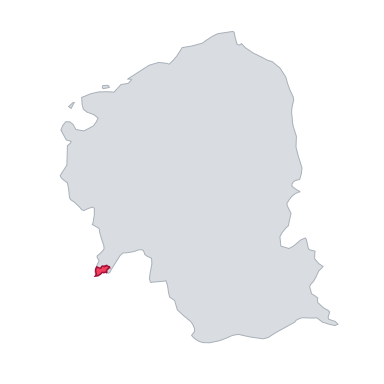 Chantrea, Svay Rieng, Cambodia shown in context, rotated 83°
{"feature_id": "14789045B26681024602209", "entity_name": "Chantrea", "entity_type": "district", "adm_level": 2, "iso_a3": "KHM", "parent_name": "Cambodia", "parent_adm1": "Svay Rieng", "projection": "albers", "projection_center": [106.102, 10.92], "detail": "fine", "context": "in_parent", "style": "filled", "palette": "rose", "viewbox_px": 384, "rotation_deg": 83, "n_neighbors": 0, "source": "geoboundaries", "source_scale": "gbopen_adm2", "svg_char_len": 4828}
<svg xmlns="http://www.w3.org/2000/svg" viewBox="0 0 384 384"><g transform="rotate(83 192 192)"><path d="M341.0,63.2L342.0,66.5L339.6,72.8L337.0,78.5L332.1,83.4L331.9,87.1L330.2,98.0L330.9,101.4L332.1,104.4L333.7,105.9L338.0,116.6L341.9,126.2L345.7,134.1L346.4,139.2L343.0,151.9L338.9,163.6L339.3,169.5L341.1,175.3L343.0,183.1L343.8,193.0L342.8,199.5L340.9,203.6L337.4,207.7L334.3,209.9L330.6,206.4L327.6,206.2L323.7,207.3L320.6,208.9L314.2,215.0L307.2,220.9L297.5,222.5L293.7,226.9L289.6,227.5L281.9,227.7L276.9,228.7L277.1,230.9L276.7,241.4L276.8,243.8L276.0,244.4L272.5,244.8L266.6,243.2L258.6,240.6L252.9,240.2L250.0,244.7L248.2,246.5L246.1,246.8L243.8,247.6L243.1,249.6L242.9,252.1L244.0,256.4L244.4,263.3L244.1,268.0L246.2,271.0L258.4,281.0L262.0,283.5L262.4,284.9L260.3,290.4L262.2,298.0L258.4,297.9L252.0,294.6L248.9,292.6L245.2,294.2L243.9,293.9L241.4,290.1L238.1,286.3L234.7,286.0L227.6,287.5L220.3,288.6L217.5,288.5L216.4,289.2L212.1,294.9L210.3,293.9L203.0,291.8L196.3,290.9L194.9,292.4L195.7,297.0L197.2,301.6L196.3,303.5L192.6,305.9L187.7,310.1L184.7,313.5L182.6,314.3L175.2,314.1L167.8,314.5L164.8,317.7L162.0,320.1L159.6,320.8L150.0,312.9L130.8,310.0L128.7,306.6L126.9,305.9L125.1,310.4L114.5,314.6L110.1,312.0L106.9,308.8L107.4,304.9L110.5,301.8L115.8,299.6L118.2,291.7L114.3,281.6L110.9,278.6L107.2,276.2L103.3,280.0L100.0,286.4L96.6,289.7L91.7,290.4L84.7,290.0L82.1,280.4L81.3,272.1L82.3,262.7L83.4,257.2L76.7,249.4L76.4,242.1L73.2,238.3L72.2,240.2L72.3,242.3L71.4,240.8L61.0,219.2L59.3,209.2L61.2,201.6L62.3,199.0L59.3,194.9L55.0,190.3L47.5,184.2L47.1,174.7L45.5,163.5L43.3,159.7L39.9,152.7L38.0,147.0L37.6,131.9L38.6,130.7L44.0,130.3L50.9,129.3L52.0,126.9L50.8,124.8L55.3,121.5L61.7,114.1L66.7,106.3L70.2,101.4L72.4,96.5L79.6,89.6L89.4,84.9L96.1,83.9L103.0,82.3L109.7,80.0L112.8,79.8L121.1,82.7L125.5,83.5L130.2,83.5L135.0,83.8L139.3,83.5L149.4,81.6L160.1,83.3L169.6,82.1L181.5,79.9L187.3,81.3L192.6,83.6L193.3,88.2L194.5,90.3L196.3,91.9L198.6,92.0L201.7,88.8L204.2,85.5L205.0,84.9L205.1,86.5L206.4,90.1L208.6,93.6L210.9,95.9L214.7,99.1L217.2,99.2L225.3,96.3L237.4,100.6L238.8,102.7L242.8,107.1L247.0,110.2L256.5,110.4L259.9,102.7L258.2,98.1L252.8,89.9L251.4,85.1L253.1,84.3L262.2,83.4L263.7,82.4L265.7,77.1L268.2,77.7L273.3,78.4L278.6,74.8L281.8,71.0L283.5,72.7L285.4,75.4L287.5,76.9L291.4,79.2L295.6,82.4L298.3,85.6L300.4,86.8L305.8,85.9L307.3,86.0L310.4,82.2L312.6,80.1L314.5,80.7L317.2,80.6L322.9,75.7L326.1,71.3L327.9,70.0L333.0,72.2L335.0,71.8L337.9,65.7L341.0,63.2ZM78.6,267.7L77.5,268.2L76.5,268.2L75.5,267.3L75.7,263.9L76.4,261.7L78.2,261.4L78.6,267.7ZM94.3,301.8L92.2,304.1L88.8,299.3L88.8,298.0L94.3,301.8Z" fill="#d9dde1" stroke="#a8b0b8" stroke-width="1"/><path d="M261.6,286.7L261.4,286.4L261.2,286.3L260.9,286.3L260.7,286.3L260.4,286.3L260.2,286.5L259.9,286.5L259.8,286.4L259.7,286.3L259.7,286.2L259.4,286.1L259.2,286.1L258.9,285.9L258.7,285.8L258.7,285.7L258.5,285.4L258.5,285.2L258.4,285.2L258.2,285.0L258.2,284.9L258.0,284.7L257.9,284.6L257.8,284.4L257.7,284.3L257.6,284.2L257.5,283.9L257.4,283.7L257.2,283.4L257.2,283.1L257.2,282.9L256.1,283.1L256.1,283.3L256.1,283.5L256.1,283.8L255.9,283.9L255.7,284.2L255.5,284.5L255.3,284.7L255.0,285.0L254.8,285.3L254.5,285.5L254.7,285.8L254.7,286.0L254.8,286.0L254.9,286.3L254.9,286.5L254.9,286.8L255.0,286.8L255.0,286.7L255.1,286.8L255.1,287.0L255.2,287.3L255.2,287.5L255.3,287.7L255.3,287.8L255.2,287.8L255.3,287.9L255.4,288.0L255.2,288.3L255.0,288.6L255.1,288.8L255.0,289.0L254.9,289.1L254.7,289.3L254.6,289.5L254.6,289.8L254.6,290.0L254.7,290.3L254.8,290.4L254.9,290.5L255.0,290.7L255.1,290.8L255.3,291.0L255.5,291.1L255.8,291.2L255.8,291.3L256.0,291.5L256.3,291.6L256.4,291.8L256.4,292.0L256.5,292.1L256.4,292.4L256.4,292.7L256.3,293.0L256.2,293.2L256.0,293.5L255.9,293.8L255.7,294.0L255.5,294.4L255.4,294.7L255.1,295.0L254.8,295.4L254.7,295.6L256.8,297.0L257.0,297.1L257.3,297.1L257.5,297.1L257.8,297.2L258.0,297.2L258.4,297.2L258.5,297.2L258.9,297.2L259.1,297.2L259.4,297.2L259.7,297.2L259.9,297.2L260.1,297.2L260.3,297.2L260.6,297.1L260.9,297.1L261.1,297.1L261.3,297.1L261.5,297.1L261.9,297.0L262.1,297.0L262.3,297.0L263.7,298.3L263.7,297.4L263.7,296.8L263.7,295.8L263.7,295.7L263.6,295.4L263.5,295.2L263.4,295.0L263.4,294.9L263.3,294.7L263.2,294.6L263.1,294.4L263.0,294.2L262.9,294.0L262.9,293.9L262.8,293.7L262.7,293.6L262.6,293.4L262.5,293.2L262.4,293.0L262.4,292.9L262.2,292.7L262.1,292.4L261.9,292.2L261.7,292.0L261.6,291.9L261.5,291.7L261.4,291.6L261.2,291.4L260.9,291.1L260.7,290.8L260.7,290.7L260.8,290.5L260.8,290.4L260.9,290.2L261.0,290.1L261.1,289.9L261.2,289.7L261.3,289.6L261.4,289.4L261.4,289.2L261.3,288.9L261.2,288.9L261.1,288.7L261.1,288.4L261.1,288.2L261.1,287.9L261.1,287.7L261.0,287.4L261.0,287.2L261.3,287.0L261.3,286.9L261.5,286.8L261.6,286.7L261.6,286.7Z" fill="#f43f5e" stroke="#9f1239" stroke-width="1.5"/></g></svg>